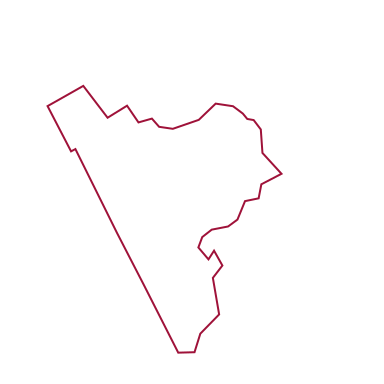 the district of Towns, Georgia, United States of America, rotated 243°
{"feature_id": "52423323B28329041515862", "entity_name": "Towns", "entity_type": "district", "adm_level": 2, "iso_a3": "USA", "parent_name": "United States of America", "parent_adm1": "Georgia", "projection": "natural_earth1", "projection_center": [-83.742, 34.892], "detail": "fine", "context": "isolated", "style": "outline", "palette": "rose", "viewbox_px": 384, "rotation_deg": 243, "n_neighbors": 0, "source": "geoboundaries", "source_scale": "gbopen_adm2", "svg_char_len": 618}
<svg xmlns="http://www.w3.org/2000/svg" viewBox="0 0 384 384"><g transform="rotate(243 192 192)"><path d="M238.8,272.9L249.8,267.5L260.0,253.2L253.2,230.8L257.0,203.6L265.0,192.3L275.6,189.6L278.3,175.9L298.4,173.3L296.5,150.5L335.9,143.3L334.1,102.3L283.1,102.7L283.2,107.6L189.6,106.6L131.0,106.9L55.1,106.8L48.1,121.5L62.0,135.1L70.6,160.6L106.0,171.6L112.7,185.7L129.7,185.0L124.5,176.1L139.7,172.5L147.2,180.7L149.5,192.5L144.9,208.5L146.8,220.0L159.8,235.1L156.1,248.5L167.4,257.3L167.6,280.0L194.8,272.5L216.5,281.7L228.1,279.6L232.0,274.4L238.8,272.9Z" fill="none" stroke="#9f1239" stroke-width="2"/></g></svg>